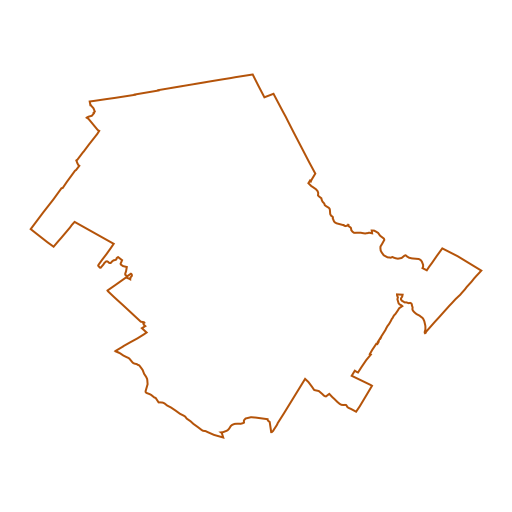 Vidra, Ilfov, Romania
{"feature_id": "2599482B96476332132739", "entity_name": "Vidra", "entity_type": "district", "adm_level": 2, "iso_a3": "ROU", "parent_name": "Romania", "parent_adm1": "Ilfov", "projection": "robinson", "projection_center": [26.154, 44.284], "detail": "fine", "context": "isolated", "style": "outline", "palette": "amber", "viewbox_px": 512, "rotation_deg": 0, "n_neighbors": 0, "source": "geoboundaries", "source_scale": "gbopen_adm2", "svg_char_len": 6047}
<svg xmlns="http://www.w3.org/2000/svg" viewBox="0 0 512 512"><path d="M158.6,402.4L160.3,402.4L162.7,402.6L164.5,403.4L167.1,405.5L171.0,407.5L175.6,410.6L180.0,413.8L183.8,415.7L185.2,416.6L186.7,418.6L190.6,421.3L193.4,423.9L198.0,427.2L201.8,430.1L203.1,430.8L205.6,431.1L207.4,432.0L214.0,434.9L223.2,437.5L221.8,433.0L221.0,432.4L222.8,432.2L223.3,432.1L225.0,431.4L225.9,431.1L227.2,430.5L227.9,430.0L229.1,428.7L230.3,426.8L230.8,426.0L232.0,425.0L232.8,424.6L233.8,424.2L234.7,423.9L235.7,423.8L238.3,423.7L240.6,423.8L242.5,423.3L243.3,423.0L244.0,422.6L243.9,421.6L243.9,420.7L244.3,419.9L245.6,418.5L251.0,417.2L255.9,417.6L267.6,419.2L267.6,419.8L268.1,420.7L269.7,422.0L271.2,432.1L271.8,432.1L273.1,430.9L274.0,429.4L276.7,425.3L277.3,424.2L277.6,423.3L283.9,413.4L305.1,378.9L308.4,382.0L312.0,386.8L314.1,389.9L314.6,390.1L315.9,390.4L317.8,390.8L318.9,391.1L322.4,394.1L323.9,395.6L325.2,396.3L326.0,396.4L328.6,394.4L329.3,393.9L332.3,397.1L334.4,399.0L337.2,401.8L339.7,403.9L341.4,404.8L343.2,405.0L345.0,404.9L346.0,405.0L346.6,405.6L347.2,406.8L348.4,407.8L351.1,409.0L356.1,411.7L359.7,406.4L367.0,394.2L372.0,385.8L371.4,385.4L369.9,384.6L351.7,375.8L354.8,370.7L356.5,371.8L358.0,372.5L361.6,366.9L366.3,360.0L370.8,354.6L369.8,354.1L372.4,349.6L373.7,347.7L376.3,343.8L377.3,344.1L378.5,342.1L377.9,341.9L380.1,338.4L380.4,338.6L381.0,337.5L380.8,337.3L381.4,336.3L385.5,329.9L386.1,328.5L387.5,326.0L388.6,324.6L389.3,323.6L391.2,320.3L391.3,319.9L391.9,318.8L392.6,318.0L393.5,316.2L394.6,314.7L395.2,314.3L397.8,310.5L399.2,308.2L399.4,308.1L402.3,306.1L401.4,305.3L399.7,304.5L398.6,303.3L397.4,299.2L397.9,297.4L397.2,295.8L397.0,294.7L397.0,294.4L402.6,294.7L402.2,296.6L401.4,297.8L401.0,298.5L401.0,299.6L402.3,301.1L403.1,301.4L404.6,302.4L406.4,302.4L408.7,303.2L410.1,302.9L410.9,303.2L411.4,303.6L411.8,304.3L411.9,305.4L412.5,307.1L412.6,307.8L412.4,308.9L412.5,309.7L413.0,310.7L414.0,311.9L415.2,313.0L416.3,313.9L417.1,314.4L419.5,315.6L420.6,316.5L422.5,317.9L423.3,319.0L424.3,321.2L425.2,325.1L425.4,326.4L425.4,327.2L425.4,328.3L425.4,329.4L425.1,330.6L424.8,331.5L424.7,332.5L424.8,332.9L425.0,333.2L425.7,332.8L425.8,332.4L426.1,331.9L426.4,331.4L434.7,322.0L439.3,317.0L449.4,305.7L452.0,303.0L455.3,299.4L456.4,298.3L457.1,297.7L457.8,297.0L460.2,294.8L461.6,293.1L464.9,289.4L466.7,287.0L471.7,281.5L474.3,278.2L474.7,277.8L476.1,276.2L479.4,272.7L481.3,270.6L457.6,256.2L442.3,248.4L436.9,255.8L432.0,262.9L429.1,266.8L426.8,270.3L422.5,268.1L423.1,266.7L423.1,264.8L421.9,261.7L421.0,260.4L419.8,259.5L418.7,259.0L411.9,258.4L409.0,257.7L406.9,256.4L406.1,255.6L405.4,255.3L404.3,255.8L401.6,258.0L397.9,258.7L395.8,258.3L393.9,257.7L392.4,257.0L390.7,257.7L390.4,257.7L389.6,257.5L388.0,257.4L387.5,257.3L385.4,256.2L383.8,255.3L383.5,255.0L382.6,253.7L381.7,252.5L380.7,250.6L380.4,248.1L380.5,246.5L382.1,243.9L384.3,239.9L383.9,238.6L380.6,236.1L379.8,235.4L379.6,235.0L378.1,232.9L375.3,231.2L374.3,230.8L374.1,230.6L371.7,230.5L372.1,233.3L369.0,232.7L368.1,233.0L367.1,233.2L366.6,233.2L365.2,233.5L362.6,233.1L360.6,232.7L354.1,232.8L353.7,232.6L352.5,231.7L351.3,230.2L351.2,229.2L350.8,227.7L348.0,225.7L348.1,225.4L348.4,225.0L348.1,224.8L347.8,225.3L345.7,226.1L344.4,225.8L344.1,225.6L343.7,225.0L342.9,225.0L338.0,223.7L336.5,223.3L334.9,222.4L334.1,221.5L333.6,220.5L333.2,219.2L332.8,218.7L332.8,218.3L332.9,217.2L332.3,216.5L331.7,216.1L331.1,215.7L330.5,214.6L330.2,214.0L330.0,211.4L329.9,210.0L329.6,208.8L329.2,208.3L328.8,207.8L326.3,206.3L324.8,205.2L324.6,204.7L324.5,204.2L324.2,203.5L323.6,202.8L322.8,202.0L322.4,201.4L321.8,200.1L321.3,198.2L319.8,197.1L318.5,196.0L318.0,195.3L318.2,193.6L318.1,192.5L317.5,191.0L315.9,189.2L312.6,186.9L311.3,186.1L308.4,183.2L310.0,180.6L310.4,181.1L310.8,181.5L311.6,179.7L315.3,173.6L309.0,161.9L302.3,149.0L293.5,132.1L288.0,121.3L285.8,116.9L282.9,111.6L273.5,93.8L264.4,97.3L258.3,85.6L252.7,74.5L235.3,77.2L230.5,78.1L221.6,79.5L211.9,81.1L158.4,90.1L158.5,90.5L134.9,94.5L135.0,94.8L115.0,97.9L106.3,99.1L94.8,100.8L89.7,101.5L90.4,105.2L90.9,105.2L91.3,105.9L92.0,106.6L93.5,108.3L94.8,111.6L93.6,112.8L93.9,113.3L91.8,115.8L88.5,116.7L86.9,117.5L86.7,117.7L88.3,118.7L89.2,119.7L97.3,129.5L98.1,130.3L99.2,130.9L97.3,133.9L89.1,144.3L83.5,151.8L83.2,152.0L77.3,159.8L76.5,160.2L76.3,160.5L76.5,160.9L77.5,163.5L78.4,165.1L79.3,165.8L76.0,170.1L75.0,170.7L73.7,172.5L72.9,173.6L66.9,181.8L62.7,188.0L62.4,188.1L61.8,188.1L61.5,188.2L53.4,199.4L43.3,212.3L30.7,229.1L36.0,233.3L47.5,242.3L53.6,246.7L58.8,240.6L61.3,237.8L70.0,227.5L71.0,226.1L71.8,225.0L74.6,221.9L113.7,243.8L110.7,248.2L106.5,254.1L102.2,259.7L98.5,264.8L98.2,265.7L99.8,267.6L100.7,267.7L102.4,265.7L103.6,264.3L104.2,263.2L106.0,261.5L106.4,261.4L107.0,261.3L108.2,261.9L108.9,262.7L109.7,263.0L110.6,263.0L111.1,262.6L112.0,261.5L113.6,260.3L114.5,260.2L116.0,259.7L116.3,259.4L116.6,258.3L117.3,257.6L118.1,257.1L122.1,260.2L120.6,263.7L120.7,264.2L120.9,264.6L123.0,266.1L126.8,267.0L126.1,271.0L125.7,272.4L125.3,273.3L125.2,274.2L125.3,274.8L126.5,275.8L127.4,276.2L128.3,275.5L130.9,273.7L131.3,273.9L131.8,274.7L131.9,275.5L131.7,276.1L130.9,277.0L130.4,277.6L130.4,278.5L130.2,278.7L130.2,279.3L128.7,278.5L126.0,277.5L113.4,286.4L107.5,290.5L107.8,291.1L113.8,296.8L117.5,300.2L122.5,304.7L140.8,321.7L143.9,322.2L144.3,322.7L143.3,323.3L143.5,324.0L143.9,324.8L145.3,326.1L141.9,328.2L146.6,332.5L143.4,334.7L143.2,334.8L137.4,338.4L130.4,342.2L123.3,346.2L123.2,346.4L115.8,350.8L116.8,351.6L117.0,351.7L116.6,351.8L120.1,353.3L123.3,355.5L126.5,357.1L127.7,357.6L129.0,358.3L129.6,358.9L132.4,362.3L133.3,363.1L134.0,363.4L134.8,363.7L136.8,364.1L137.6,364.8L138.5,365.0L139.2,365.4L139.8,366.1L141.6,368.5L142.7,370.1L144.1,373.8L145.7,376.2L146.2,377.0L147.1,378.9L147.3,380.2L147.6,384.2L145.9,390.1L145.6,391.1L145.6,391.7L145.6,391.9L145.8,392.3L146.2,392.7L146.9,393.1L149.6,394.1L151.3,395.0L152.7,396.2L152.9,396.3L153.7,397.0L154.5,397.6L155.1,397.7L155.7,398.0L158.6,402.4Z" fill="none" stroke="#b45309" stroke-width="2"/></svg>